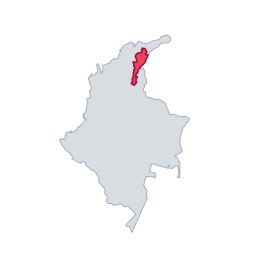 Colombia, with Cesar highlighted, rotated 15°
{"feature_id": "COL-1414", "entity_name": "Cesar", "entity_type": "Department", "adm_level": 1, "iso_a3": "COL", "parent_name": "Colombia", "parent_adm1": "", "projection": "natural_earth1", "projection_center": [-73.578, 9.272], "detail": "fine", "context": "in_parent", "style": "filled", "palette": "rose", "viewbox_px": 256, "rotation_deg": 15, "n_neighbors": 0, "source": "natural_earth", "source_scale": "10m", "svg_char_len": 6817}
<svg xmlns="http://www.w3.org/2000/svg" viewBox="0 0 256 256"><g transform="rotate(15 128 128)"><path d="M144.7,35.1L142.5,36.1L138.2,37.4L135.2,43.0L133.2,44.0L130.6,47.4L128.8,51.5L127.4,59.9L123.7,67.0L124.0,67.3L125.5,67.0L126.9,66.2L127.4,66.5L127.9,67.7L129.6,68.1L130.9,73.8L133.5,76.8L133.8,77.9L134.1,80.3L133.2,81.7L132.9,87.0L133.7,88.3L135.6,88.9L136.9,92.1L137.7,92.9L138.9,93.4L141.7,92.9L146.8,93.5L148.0,93.4L150.8,92.2L154.4,93.6L157.1,93.9L164.4,103.8L165.1,103.5L166.0,104.1L167.9,103.1L169.4,102.9L171.5,103.4L174.2,103.4L179.7,102.4L180.6,101.8L183.6,102.4L184.5,103.1L184.9,105.0L184.5,106.1L183.5,107.3L182.9,108.8L182.8,110.6L182.3,111.9L181.3,112.8L180.9,114.0L181.2,115.7L180.7,123.2L181.1,123.8L181.4,126.8L182.7,130.8L183.3,132.0L184.4,132.9L186.3,136.2L185.9,137.3L180.9,142.5L180.6,143.7L181.6,143.2L183.1,143.7L183.7,144.9L187.4,148.5L187.3,149.9L188.4,152.6L188.2,153.2L190.7,160.8L190.8,162.5L188.7,162.9L188.6,157.8L188.3,156.7L185.9,152.1L185.4,151.8L183.8,152.3L181.1,155.7L179.9,156.2L178.9,155.7L177.9,153.7L177.2,153.3L176.6,155.0L177.4,156.5L165.6,156.5L163.2,155.9L160.1,156.6L160.0,164.4L165.6,164.5L167.2,166.7L167.0,168.6L167.3,169.2L165.9,169.6L164.0,168.4L160.5,169.8L158.0,170.2L157.8,178.7L159.3,180.9L162.3,183.2L162.7,184.7L162.5,186.2L163.2,188.1L164.2,189.0L164.2,190.1L164.7,191.4L158.8,227.8L156.8,225.6L156.0,223.6L155.0,222.7L153.0,223.4L150.9,222.3L157.7,210.0L157.5,208.9L151.8,205.9L151.2,205.1L148.5,203.5L147.0,204.0L146.1,204.8L144.1,205.0L142.4,203.7L140.4,202.8L138.0,204.9L137.3,204.9L135.6,205.8L133.7,206.2L131.4,205.2L129.4,205.9L128.1,205.7L127.6,205.1L125.9,204.3L125.7,203.5L126.2,202.0L125.5,199.0L125.2,198.5L123.9,198.4L122.4,197.3L122.1,196.7L122.4,195.5L122.1,194.4L120.6,192.0L118.6,191.4L116.6,189.4L114.6,188.7L113.7,187.3L112.8,184.0L110.8,181.5L109.3,180.7L108.9,179.5L107.4,179.3L105.4,177.7L104.5,177.6L103.9,178.4L102.0,177.5L100.4,176.3L98.8,176.0L97.7,175.3L95.8,173.0L93.7,171.8L92.4,172.2L92.0,174.0L91.3,174.3L88.9,173.8L88.5,174.2L87.9,174.1L84.9,172.8L82.0,172.4L81.3,169.5L79.4,168.4L78.8,167.1L77.5,167.2L72.5,164.6L70.5,162.7L68.7,161.7L66.9,159.7L66.6,158.9L65.2,157.7L65.9,156.1L67.6,155.0L69.8,155.9L70.1,154.1L69.3,152.5L69.7,148.9L70.3,148.1L71.5,147.4L72.2,147.6L72.7,147.0L74.5,147.3L75.1,147.1L76.5,145.6L77.1,144.5L77.7,144.6L79.2,142.6L79.0,140.7L80.3,140.3L81.8,137.1L82.4,137.0L82.8,135.5L85.3,130.3L84.4,130.9L83.4,130.5L83.6,128.7L83.3,128.5L82.4,129.9L81.7,128.5L81.9,126.3L80.8,126.7L80.8,126.2L82.5,124.5L83.2,120.6L82.6,119.2L82.3,113.4L82.0,112.3L80.6,110.8L82.8,109.2L83.6,107.9L82.6,105.3L81.3,103.2L81.3,101.9L82.1,102.0L82.4,98.4L81.7,97.0L80.8,97.0L77.9,91.7L76.9,90.6L77.7,88.0L78.5,86.9L78.4,84.9L78.9,85.0L80.2,86.8L80.7,86.5L82.6,84.9L82.6,83.3L84.2,81.7L82.0,76.2L81.3,75.4L82.2,73.6L82.7,73.7L83.5,75.4L84.9,76.5L86.9,79.6L87.7,80.3L87.1,80.9L87.0,81.7L87.3,82.1L88.4,82.2L88.9,81.3L88.6,77.6L88.1,75.8L87.1,74.5L87.4,73.9L89.4,73.0L93.7,69.5L95.2,66.2L96.3,65.0L97.5,64.2L99.1,64.4L100.3,64.0L100.6,62.9L99.9,60.6L100.8,57.5L100.7,55.9L101.3,54.9L101.1,54.5L99.6,55.7L101.2,53.4L102.3,50.1L108.5,44.1L112.5,45.5L113.8,45.4L112.1,46.2L111.9,47.0L112.4,47.9L113.0,48.2L113.6,47.6L114.9,44.1L115.1,42.2L115.7,41.5L116.6,41.3L120.5,42.1L124.2,41.8L130.3,36.9L134.9,34.7L136.0,32.7L136.3,31.1L137.2,30.5L138.0,30.5L138.5,29.7L140.6,28.4L142.9,28.2L145.3,29.4L146.4,31.4L146.6,32.8L144.7,35.1ZM74.6,146.7L74.3,146.9L73.8,146.5L73.6,145.9L73.9,145.4L74.4,145.6L74.6,146.7Z" fill="#d9dde1" stroke="#a8b0b8" stroke-width="1"/><path d="M128.3,52.2L128.3,52.4L128.3,52.7L128.1,55.3L127.6,57.4L127.6,57.8L127.5,58.3L127.5,58.6L127.6,58.9L127.7,59.1L127.7,59.3L127.6,59.6L127.3,60.4L126.7,61.4L126.5,62.2L126.4,62.4L126.2,62.6L125.8,62.9L125.6,63.1L125.4,63.6L124.6,65.0L124.3,66.0L124.1,66.3L123.9,66.5L123.6,66.8L123.4,67.0L123.4,67.3L123.6,67.4L123.3,67.5L123.2,67.6L123.0,68.0L123.0,68.4L122.9,70.1L122.9,70.5L122.9,71.0L123.0,71.6L123.1,71.8L123.1,72.0L122.9,72.3L122.6,72.4L122.6,72.5L122.6,72.8L122.4,73.0L122.0,73.3L121.9,73.5L121.7,73.9L121.7,74.0L121.7,74.3L121.8,74.6L122.1,75.1L122.3,75.6L122.4,75.8L122.3,76.3L122.0,76.6L122.0,76.8L122.3,76.8L122.5,76.9L122.6,77.1L122.7,77.3L122.8,77.5L122.8,77.4L122.9,77.2L123.0,77.1L123.3,76.9L123.2,76.4L123.1,76.2L123.1,75.9L123.4,75.9L123.6,75.9L123.7,76.0L123.8,76.1L123.8,76.6L123.7,77.3L123.5,77.8L123.4,78.1L123.3,78.4L123.2,78.6L123.2,78.9L123.3,79.8L123.6,80.3L123.6,80.5L123.6,80.8L123.6,81.0L124.2,81.2L124.3,81.4L124.4,81.5L124.5,81.5L124.5,81.8L124.5,82.0L124.3,82.2L124.3,82.3L124.1,82.4L123.9,82.5L123.8,82.9L123.8,83.4L123.8,83.6L123.7,83.8L123.5,84.2L123.4,84.4L123.3,84.5L123.2,84.7L123.0,84.8L122.8,85.0L122.5,85.1L122.4,85.2L122.2,85.1L122.0,84.9L121.9,84.9L121.7,84.8L121.6,84.7L121.4,84.5L120.9,84.4L121.0,84.5L119.7,84.4L119.7,84.1L119.8,84.0L119.8,83.9L119.8,83.7L119.8,83.4L119.8,83.2L120.0,83.0L120.2,82.9L120.5,82.6L120.6,82.4L120.6,82.2L120.5,81.9L120.4,81.9L120.2,81.7L119.9,81.3L119.5,80.4L119.4,80.2L119.4,79.4L119.4,79.2L119.3,78.9L119.3,78.7L119.5,78.2L119.5,77.8L119.5,77.7L119.7,77.4L119.6,77.2L119.6,76.9L119.7,76.7L119.6,75.8L119.5,75.6L119.3,75.1L119.3,74.8L119.3,74.4L119.2,74.3L119.0,74.0L119.0,73.9L118.9,73.6L118.9,72.8L118.9,72.6L119.1,72.2L119.2,71.9L119.1,71.6L119.0,71.3L118.7,71.0L118.5,70.7L118.8,69.7L119.0,69.2L119.2,68.7L119.0,68.3L118.7,67.9L118.5,67.7L118.5,67.4L118.5,67.2L118.4,67.1L118.2,67.2L117.8,67.1L117.6,67.0L117.6,66.9L117.5,66.7L117.7,66.4L117.6,66.2L117.6,65.8L117.6,65.7L117.4,65.6L117.2,65.3L117.2,64.6L117.0,64.4L116.8,64.3L116.3,63.8L115.8,63.4L116.1,63.1L116.6,62.5L116.7,62.3L116.9,62.3L117.1,62.2L117.2,62.3L117.3,62.3L117.6,62.3L117.8,62.5L118.2,62.5L118.3,62.5L118.5,62.5L119.0,62.2L119.1,62.3L119.4,62.2L119.1,61.0L118.8,60.5L118.8,60.3L118.8,60.2L118.8,59.9L118.4,59.4L118.2,59.3L117.7,58.4L117.5,58.2L117.3,58.1L117.2,58.0L117.1,57.9L116.8,57.4L116.5,56.7L116.5,56.4L116.6,55.9L116.6,55.3L116.8,55.1L116.9,54.8L117.0,54.7L117.2,54.4L117.5,54.0L117.6,53.9L117.7,53.5L117.8,53.3L118.0,53.1L118.3,52.9L118.6,52.8L118.8,52.8L119.0,52.8L119.5,52.7L119.9,52.4L120.0,52.3L120.3,52.1L120.5,52.0L120.8,51.9L120.9,51.7L121.0,51.6L121.3,51.5L121.5,51.3L121.6,51.2L121.4,51.0L121.3,50.9L121.3,50.6L121.3,50.4L121.3,50.0L121.2,49.8L121.1,49.6L121.4,49.0L121.5,48.9L121.7,48.6L121.5,48.3L121.4,48.2L121.2,48.2L120.9,48.2L121.2,47.4L121.2,47.2L122.8,47.0L123.5,47.0L124.0,47.1L124.3,47.2L124.5,47.2L124.7,47.3L124.8,47.5L124.9,48.0L124.8,48.3L124.9,48.6L125.2,48.7L125.5,48.9L125.8,49.0L126.2,49.2L126.6,49.6L126.7,49.8L126.6,50.0L126.4,50.4L126.3,50.6L126.2,51.1L125.8,51.6L125.7,51.7L125.6,51.8L125.8,52.0L126.0,52.3L126.0,52.5L126.3,52.5L126.5,52.4L126.8,52.4L127.0,52.5L127.3,52.6L127.5,52.5L128.1,52.3L128.3,52.2L128.3,52.2Z" fill="#f43f5e" stroke="#9f1239" stroke-width="1.5"/></g></svg>